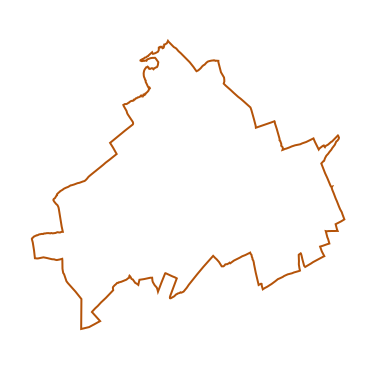 Lunca, Botosani, Romania, rotated 96°
{"feature_id": "2599482B33736794577199", "entity_name": "Lunca", "entity_type": "district", "adm_level": 2, "iso_a3": "ROU", "parent_name": "Romania", "parent_adm1": "Botosani", "projection": "robinson", "projection_center": [27.0, 47.617], "detail": "fine", "context": "isolated", "style": "outline", "palette": "amber", "viewbox_px": 384, "rotation_deg": 96, "n_neighbors": 0, "source": "geoboundaries", "source_scale": "gbopen_adm2", "svg_char_len": 5911}
<svg xmlns="http://www.w3.org/2000/svg" viewBox="0 0 384 384"><g transform="rotate(96 192 192)"><path d="M274.3,341.3L274.3,339.0L274.1,338.0L272.5,332.9L272.8,329.5L273.5,324.2L273.4,322.0L273.7,320.8L273.8,319.3L272.9,316.4L272.0,314.1L273.3,313.8L281.8,312.8L284.1,312.2L286.0,311.6L287.2,310.6L293.9,307.5L295.6,305.9L303.2,297.5L310.0,290.8L339.8,287.9L337.1,280.2L330.0,269.9L321.8,279.0L321.4,278.8L317.8,276.1L315.2,273.8L311.3,270.9L306.2,266.5L297.9,260.1L295.6,260.7L294.6,260.5L292.7,259.1L292.1,258.4L290.2,256.9L290.0,255.7L289.5,255.4L289.3,254.5L288.9,253.7L288.8,253.2L286.0,248.0L284.5,246.6L284.1,245.8L283.6,245.5L282.4,245.6L281.8,245.4L282.2,244.9L283.1,244.1L284.7,243.1L284.9,242.8L285.2,241.7L288.3,239.0L288.9,237.5L290.0,235.7L284.8,235.1L283.6,230.5L281.6,224.4L281.4,222.7L284.6,222.0L285.9,221.4L288.7,219.3L290.3,217.5L291.0,216.9L293.0,216.0L294.7,215.4L285.2,212.9L275.7,210.2L275.5,209.8L278.0,202.5L278.6,200.3L279.5,198.1L297.7,202.8L299.0,203.0L299.9,202.8L300.0,202.6L299.8,201.9L297.6,198.8L295.4,197.0L294.9,196.0L294.6,195.8L294.4,195.5L293.6,193.5L293.3,193.1L293.0,193.0L293.2,192.0L292.0,190.0L287.8,187.2L284.6,185.5L273.2,178.2L265.3,172.9L253.3,164.3L255.3,161.9L256.3,160.5L258.8,157.8L262.8,154.7L262.7,153.2L262.4,152.7L261.8,152.1L260.6,151.4L260.2,150.5L260.2,149.6L259.0,147.8L258.4,147.3L258.9,146.5L255.8,143.1L252.3,137.6L250.7,135.4L249.1,132.3L246.2,127.8L247.3,127.3L248.2,126.3L250.2,125.7L251.4,125.0L252.8,124.7L253.7,123.9L255.9,123.1L256.9,122.9L265.5,120.2L277.5,116.0L276.1,114.0L276.0,113.5L276.1,113.2L278.2,112.7L281.4,111.4L279.9,109.6L278.3,107.2L276.2,104.6L275.3,103.4L272.1,99.9L269.7,97.5L268.7,95.7L267.0,92.9L265.9,91.6L263.9,88.2L262.4,84.1L261.4,82.3L259.4,77.3L258.9,76.4L256.5,77.2L252.7,78.2L249.7,78.4L243.3,79.3L243.1,79.2L242.7,78.6L241.6,77.5L241.7,77.3L243.5,76.5L247.6,75.1L253.3,72.9L254.0,72.5L254.2,72.0L254.7,71.6L250.7,66.2L249.1,64.3L242.9,55.2L242.0,53.7L237.5,56.7L232.9,58.9L231.9,56.5L229.8,52.1L228.9,50.0L224.6,51.7L223.0,52.6L216.9,54.9L217.0,53.8L216.6,52.3L215.5,43.1L214.0,43.9L209.0,45.8L205.6,40.6L203.3,37.6L198.1,40.2L196.5,40.9L193.8,42.8L191.1,44.3L185.9,47.0L183.5,48.4L178.5,50.9L175.2,52.7L173.0,53.6L172.0,53.2L172.3,53.9L172.0,54.4L171.1,55.0L164.1,58.8L159.4,61.6L150.1,66.4L147.7,64.6L147.3,64.3L147.3,64.0L146.9,63.8L144.6,63.3L141.9,62.2L139.6,60.5L138.1,59.7L135.1,57.7L134.0,57.3L130.1,54.9L126.7,53.8L125.8,52.8L124.1,51.8L123.6,51.6L122.7,51.5L120.8,52.5L120.5,52.8L127.1,58.0L127.6,58.8L130.7,61.7L132.1,63.7L132.5,64.1L133.5,64.5L132.9,65.2L131.9,65.7L131.9,65.8L132.6,66.9L134.7,69.1L135.7,70.0L136.5,70.4L129.1,75.1L126.0,76.8L130.3,83.6L132.1,87.5L133.2,89.3L134.8,94.4L136.3,97.7L137.4,99.6L139.0,102.8L139.6,104.5L140.1,105.1L140.7,106.4L139.5,106.1L138.4,106.4L137.6,106.9L136.7,108.1L135.0,108.2L134.5,108.4L132.0,109.6L131.9,109.9L131.3,110.4L130.7,110.3L129.4,110.7L120.4,114.3L115.0,116.7L113.4,117.1L113.0,117.4L114.6,120.6L121.4,135.2L119.5,135.6L113.1,138.0L104.3,141.5L101.8,142.7L96.3,150.3L94.2,153.3L92.5,156.1L89.1,160.8L86.3,164.5L82.7,169.6L80.9,171.8L78.8,171.4L77.1,171.6L74.8,172.1L69.9,175.7L61.6,178.8L59.9,179.4L58.8,179.5L58.9,182.3L59.1,182.5L58.7,183.7L58.7,184.0L58.9,184.2L59.1,185.5L59.4,186.7L60.0,188.5L60.7,190.0L61.9,191.2L64.2,192.9L64.6,193.7L66.0,195.0L68.0,196.3L70.3,198.4L71.4,200.1L71.1,200.5L67.6,203.5L63.2,207.8L55.1,217.7L53.4,220.1L51.0,222.6L50.5,223.5L49.7,225.3L44.9,231.1L44.2,231.7L46.8,232.6L48.1,234.5L48.3,235.1L49.4,234.9L49.8,235.1L50.7,235.1L51.7,235.5L52.1,236.3L51.4,237.0L50.7,237.2L51.6,238.9L51.1,239.1L51.8,240.1L54.4,239.9L56.0,240.5L56.4,241.0L57.8,243.1L58.7,245.3L58.2,245.8L57.2,246.3L60.6,249.4L61.4,249.9L61.6,250.5L62.9,251.8L63.3,253.0L64.5,254.1L64.9,255.1L65.3,255.5L66.2,256.9L66.4,257.0L66.7,257.0L66.8,256.8L67.1,255.5L66.7,254.3L66.6,253.3L66.0,251.6L66.0,251.3L66.2,251.0L66.0,250.8L65.2,250.6L64.7,250.1L63.3,247.4L62.8,245.6L62.4,242.8L63.3,241.8L66.4,239.1L69.2,239.2L70.7,239.6L70.9,239.6L71.5,240.0L71.8,240.8L72.7,242.0L72.8,242.4L74.0,243.1L73.9,243.3L73.3,243.9L73.1,244.3L73.2,245.3L74.0,246.6L74.0,247.2L73.8,247.7L73.0,248.0L72.6,248.4L72.7,248.7L72.0,249.3L72.6,250.1L72.8,250.6L73.3,250.8L74.3,251.5L76.0,252.2L77.3,252.4L79.0,252.5L81.4,252.1L82.4,251.8L84.2,250.8L85.2,250.5L85.9,249.7L87.3,249.6L89.5,248.2L91.4,247.1L92.8,246.1L92.4,245.3L93.2,244.7L94.6,245.6L95.8,245.9L96.6,246.5L97.5,247.1L98.1,247.8L98.7,248.1L99.0,248.7L99.6,248.7L99.8,249.4L100.4,249.4L100.4,249.5L100.3,250.0L100.8,249.9L101.0,250.4L101.8,250.8L101.2,251.2L101.3,252.5L102.2,252.7L102.2,252.9L101.9,253.2L102.7,253.8L103.5,255.2L103.6,255.9L104.5,256.8L104.7,257.6L106.0,258.6L106.2,259.4L106.9,259.5L107.1,260.0L107.5,260.3L107.6,260.5L107.5,261.1L108.1,262.4L109.0,263.5L109.6,263.9L109.8,264.4L111.0,265.7L111.4,266.6L111.6,268.0L112.6,269.4L113.6,268.9L118.2,265.6L120.4,264.7L121.5,264.0L128.5,258.2L129.5,257.8L130.3,257.7L131.0,257.9L131.4,258.3L137.9,265.0L151.7,278.6L156.2,275.1L162.1,270.9L169.0,277.9L171.8,280.9L174.2,283.1L186.1,295.0L187.7,296.5L189.9,297.9L191.3,299.0L192.3,300.0L192.9,301.5L194.6,304.9L195.2,306.8L196.9,310.1L198.0,312.8L198.1,313.4L199.8,315.6L201.1,318.1L202.4,320.1L203.2,320.8L205.0,323.2L206.0,323.9L206.4,324.5L207.5,325.3L208.0,325.8L208.5,326.1L209.4,325.9L209.8,326.4L211.0,327.0L212.2,327.5L213.4,328.7L213.9,329.0L214.8,328.9L216.1,327.9L218.0,326.0L219.1,324.5L220.1,323.8L221.2,323.2L222.7,322.7L240.0,318.0L245.1,316.3L245.3,317.6L246.1,319.1L246.1,319.6L246.1,320.7L246.0,321.3L246.2,322.0L247.0,323.4L247.7,326.3L247.5,327.6L247.7,328.2L248.0,328.7L247.9,329.2L247.9,330.7L248.1,332.1L248.6,333.7L248.7,334.8L249.2,335.3L249.4,336.2L249.3,336.7L250.2,339.7L251.2,341.2L251.2,341.8L251.6,342.3L251.9,343.1L252.6,344.0L253.0,344.8L253.8,345.2L254.5,346.0L255.4,346.4L258.8,345.1L266.6,343.0L274.3,341.3Z" fill="none" stroke="#b45309" stroke-width="2"/></g></svg>